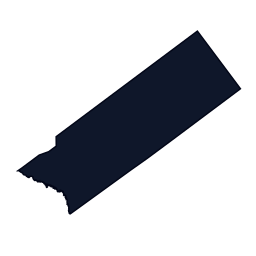 Copo, Santiago del Estero, Argentina, rotated 323°
{"feature_id": "61730980B42398597949751", "entity_name": "Copo", "entity_type": "district", "adm_level": 2, "iso_a3": "ARG", "parent_name": "Argentina", "parent_adm1": "Santiago del Estero", "projection": "natural_earth1", "projection_center": [-63.674, -25.942], "detail": "fine", "context": "isolated", "style": "filled", "palette": "ink", "viewbox_px": 256, "rotation_deg": 323, "n_neighbors": 0, "source": "geoboundaries", "source_scale": "gbopen_adm2", "svg_char_len": 4731}
<svg xmlns="http://www.w3.org/2000/svg" viewBox="0 0 256 256"><g transform="rotate(323 128 128)"><path d="M241.4,164.3L241.7,92.4L65.4,91.7L59.8,99.3L50.4,99.2L40.8,96.2L18.8,96.1L14.3,95.9L14.4,96.0L15.0,96.0L15.4,96.1L15.4,96.7L15.4,97.1L15.8,97.2L15.9,97.3L15.9,97.5L15.7,97.6L15.6,98.1L15.8,98.6L15.9,98.9L16.3,99.4L16.3,99.7L16.8,99.8L16.8,100.7L16.7,100.9L16.6,101.1L16.7,101.3L16.7,101.5L16.5,101.9L16.5,102.2L16.8,102.8L17.0,102.8L17.1,103.1L17.2,103.3L17.4,103.5L17.5,103.6L18.0,104.0L18.1,104.8L17.8,105.5L18.3,105.9L18.4,106.1L18.4,106.3L18.4,106.8L18.5,107.2L18.7,107.4L18.9,107.4L19.1,107.3L19.1,107.7L19.1,107.9L19.3,108.0L19.5,107.9L19.6,107.7L20.2,107.7L20.4,107.6L20.9,107.7L21.2,108.2L21.6,108.2L21.8,108.3L22.0,108.6L22.3,109.0L22.5,109.2L22.6,109.8L22.5,110.0L22.3,110.1L22.2,110.6L22.0,110.9L22.1,111.0L21.9,111.3L21.8,111.6L21.7,111.8L21.7,112.1L21.8,112.4L21.8,112.5L21.7,113.0L21.9,113.3L21.9,113.7L22.1,113.8L22.3,113.7L22.7,113.7L22.7,113.8L22.6,114.0L22.8,114.3L23.2,114.2L23.3,114.4L23.3,114.6L23.5,115.0L23.5,115.5L23.5,116.1L23.4,116.1L23.4,116.3L23.6,116.3L24.3,116.1L24.7,116.2L24.8,116.4L24.8,116.6L24.6,116.9L24.2,116.8L24.1,117.0L24.5,117.2L24.6,117.3L25.0,117.4L25.0,117.5L24.9,117.6L25.2,118.0L25.3,117.9L25.1,117.7L25.3,117.4L25.6,117.3L25.5,117.6L25.5,117.8L25.8,117.8L26.1,118.6L26.4,118.7L26.6,118.9L27.1,118.9L27.2,119.1L26.9,119.4L27.2,120.0L27.3,120.1L27.9,120.3L28.0,120.4L28.0,120.5L27.9,120.6L27.9,120.8L28.0,120.9L28.2,121.1L28.2,121.5L27.5,121.7L27.5,121.8L27.8,122.0L27.9,121.8L28.0,121.8L28.0,122.0L28.2,122.4L28.6,122.8L28.7,123.1L28.5,123.3L28.1,122.7L28.0,122.8L27.7,123.2L27.7,123.5L27.9,123.7L27.9,123.9L27.9,124.1L27.9,124.3L27.8,125.0L27.5,125.6L27.3,126.1L27.3,126.5L27.5,126.6L27.8,126.6L27.8,126.4L27.7,126.1L27.7,125.9L27.9,125.9L27.9,126.0L28.0,126.0L27.9,125.8L27.9,125.6L28.0,125.3L27.9,125.2L28.0,125.0L28.0,124.8L28.2,124.7L28.3,124.7L28.6,124.5L28.5,125.0L28.3,125.2L28.6,125.4L28.9,125.3L29.2,125.5L29.6,125.2L29.7,124.8L29.9,124.6L30.1,124.7L30.1,124.9L30.1,125.1L30.1,125.4L29.8,125.7L29.7,125.9L29.8,126.0L30.0,125.9L30.4,126.0L30.5,126.1L30.6,126.3L30.5,126.5L30.6,127.0L30.8,127.1L31.3,126.4L31.4,126.5L31.3,126.8L31.4,127.0L31.5,127.1L31.5,127.3L31.3,127.6L31.4,127.8L31.2,128.2L31.2,128.4L31.3,128.7L31.5,128.8L31.7,128.7L31.4,128.4L31.5,128.2L31.6,127.8L31.9,128.0L32.0,128.0L32.0,127.9L31.8,127.7L32.0,127.5L32.2,127.9L32.0,128.7L31.8,129.0L32.0,129.2L32.3,129.1L32.6,129.1L32.8,129.3L32.6,129.5L32.7,129.8L32.9,129.8L32.9,129.6L33.1,129.5L33.2,129.9L33.2,130.0L32.9,129.9L32.5,130.2L32.4,130.4L32.3,130.7L32.2,130.8L32.1,131.1L32.3,131.2L32.4,131.3L32.3,130.9L32.5,130.7L32.8,130.8L32.9,131.0L33.0,131.1L33.4,131.2L33.7,130.9L33.8,131.0L33.9,131.3L34.0,131.5L33.7,131.4L33.6,131.5L33.2,131.7L33.2,131.8L33.5,132.2L33.4,132.3L33.5,132.3L33.7,132.2L33.9,132.3L33.8,132.5L33.9,132.8L34.2,133.2L34.1,133.3L33.8,133.2L33.7,133.3L33.8,133.4L33.8,133.7L34.0,134.1L34.0,134.6L34.4,134.6L34.3,135.0L34.1,135.2L34.1,135.3L33.8,135.6L33.5,136.1L33.5,136.4L33.6,136.5L33.7,136.3L33.8,136.4L33.8,136.5L34.1,136.5L34.3,136.3L34.3,136.1L34.5,136.1L34.6,136.8L34.4,136.9L34.4,137.0L34.7,137.0L34.9,137.1L35.2,136.9L35.4,137.0L35.6,136.9L35.6,137.1L35.3,137.1L35.0,137.3L34.9,137.4L35.1,138.0L35.4,138.0L35.5,138.0L35.3,137.7L35.5,137.4L35.7,137.5L36.1,137.4L36.1,137.5L36.2,137.9L36.3,137.9L36.3,137.5L36.6,137.4L36.8,137.3L36.9,137.5L36.5,137.7L36.5,137.8L36.9,137.9L37.0,138.1L37.3,138.5L37.2,138.5L37.1,138.8L37.3,138.9L37.5,139.2L37.8,139.4L37.7,139.6L37.7,139.9L37.5,140.0L37.8,140.2L37.7,140.4L37.4,140.5L37.3,140.8L37.2,141.0L37.3,141.3L37.2,141.5L37.3,141.7L37.0,141.9L36.9,142.2L36.6,142.4L36.5,142.6L36.7,143.0L36.4,143.1L36.2,143.1L36.2,143.3L36.4,143.4L36.7,143.6L37.2,143.5L37.4,143.7L37.4,143.9L37.2,143.9L37.1,144.1L37.3,144.3L37.3,144.5L37.2,144.7L37.1,144.9L37.2,145.0L36.8,145.2L36.5,145.3L36.1,145.8L36.1,146.0L36.5,145.9L36.7,145.6L36.9,145.7L36.9,145.9L36.5,146.3L36.6,146.8L36.6,147.0L36.4,147.2L36.3,146.9L36.0,146.9L35.9,147.0L35.9,147.6L36.0,147.5L36.2,147.9L36.2,148.0L35.8,147.9L35.7,148.0L36.0,148.2L36.2,148.6L36.2,148.8L36.0,149.0L35.9,149.1L35.7,149.7L35.5,149.9L35.2,150.0L34.7,150.5L34.4,151.5L34.2,151.7L33.9,151.8L33.8,152.0L33.7,152.1L34.3,152.3L34.4,152.5L33.9,153.0L34.0,153.5L33.3,154.0L33.4,154.4L33.6,154.6L33.6,154.9L33.2,155.3L33.2,155.5L32.8,155.9L32.8,156.2L32.4,156.5L32.5,156.8L32.4,156.9L32.1,156.8L31.9,157.0L31.7,157.9L31.6,158.0L31.0,158.0L30.4,159.2L30.3,159.3L30.2,159.7L30.3,160.3L30.5,160.5L30.7,160.8L30.4,160.7L30.0,160.8L30.1,161.1L29.9,161.1L30.0,161.5L30.4,161.5L30.5,161.6L30.5,161.8L51.7,162.2L105.3,163.2L126.0,163.8L154.6,164.0L241.4,164.3Z" fill="#0f172a" stroke="#020617" stroke-width="1.5"/></g></svg>